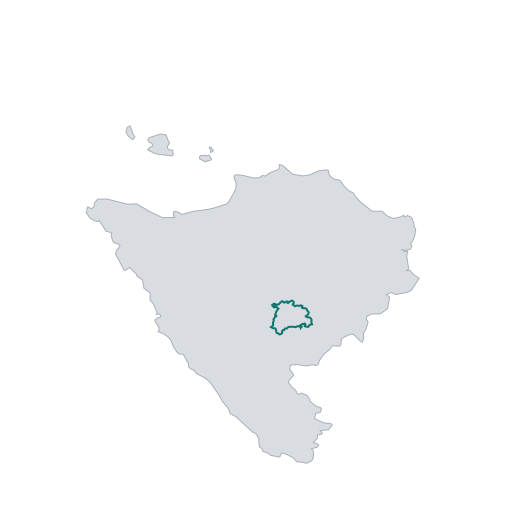 where Ávila sits in Spain, rotated 224°
{"feature_id": "ESP-5806", "entity_name": "Ávila", "entity_type": "Autonomous Community", "adm_level": 1, "iso_a3": "ESP", "parent_name": "Spain", "parent_adm1": "", "projection": "mercator", "projection_center": [-4.824, 40.625], "detail": "fine", "context": "in_parent", "style": "outline", "palette": "teal", "viewbox_px": 512, "rotation_deg": 224, "n_neighbors": 0, "source": "natural_earth", "source_scale": "10m", "svg_char_len": 6723}
<svg xmlns="http://www.w3.org/2000/svg" viewBox="0 0 512 512"><g transform="rotate(224 256 256)"><path d="M273.9,133.5L273.9,134.8L276.1,137.2L282.6,138.6L284.2,139.7L283.9,143.0L282.3,145.9L283.7,147.1L285.3,147.1L287.2,144.8L287.6,146.3L290.5,147.7L297.0,150.4L301.6,150.7L306.4,155.9L314.1,154.9L321.0,159.9L327.5,158.8L329.0,159.8L339.1,159.9L339.6,155.8L340.8,154.2L358.4,159.8L360.5,163.3L360.1,165.0L361.0,169.1L363.3,168.9L368.0,166.7L373.9,169.5L375.5,171.9L376.7,172.1L381.2,169.7L393.4,172.6L393.9,170.7L394.7,170.1L399.8,168.4L401.9,168.0L408.4,169.3L409.2,171.6L410.5,172.5L411.0,174.5L407.2,175.7L406.8,179.1L409.1,182.0L409.4,187.0L402.9,193.3L384.2,204.2L378.1,210.6L364.2,213.9L349.9,218.6L341.3,227.1L343.5,227.8L346.1,230.7L345.2,232.0L341.5,233.9L338.1,234.5L331.9,244.9L323.3,255.7L320.1,260.5L313.3,273.0L313.3,276.5L316.6,288.8L318.5,292.0L321.2,294.8L326.3,297.0L327.5,299.3L325.8,301.5L320.7,305.3L311.9,310.4L308.1,314.5L307.3,318.4L304.7,320.1L303.8,325.6L300.2,333.2L300.0,335.1L302.7,337.9L300.0,339.6L286.4,340.3L278.0,346.1L273.8,351.4L270.0,361.0L265.4,366.7L263.3,367.8L260.2,365.3L256.2,364.9L252.4,365.7L250.3,367.7L247.2,368.8L244.1,367.8L237.5,367.3L234.5,367.4L229.9,369.0L225.9,367.9L219.3,367.4L204.8,368.7L202.9,369.3L196.5,375.8L189.5,375.9L183.1,378.5L178.9,384.8L178.1,388.1L176.8,387.3L175.8,387.6L175.3,390.2L170.9,391.8L166.0,389.7L161.9,386.6L159.8,386.4L156.3,381.5L154.8,378.4L153.7,375.1L153.7,372.7L150.6,371.4L149.8,368.3L152.1,364.3L155.1,362.1L152.3,362.3L150.2,364.9L147.6,360.7L137.1,352.7L137.7,349.8L135.9,352.0L134.7,352.5L129.3,352.2L123.1,353.2L120.5,339.4L122.1,334.6L129.0,325.1L133.4,323.8L135.2,318.9L131.2,319.1L124.8,309.7L126.4,300.8L132.8,294.2L133.8,291.5L134.1,289.0L132.9,287.3L129.4,286.3L125.8,279.3L125.0,274.9L122.0,272.4L119.6,268.0L121.8,267.3L130.8,267.3L133.0,266.2L134.7,263.2L136.4,258.4L136.8,255.4L133.3,251.2L133.1,250.3L133.6,248.8L139.1,244.1L138.0,240.6L138.9,233.1L138.4,228.7L137.8,225.2L135.9,220.5L137.2,218.6L140.0,217.0L142.3,213.2L145.7,210.0L150.0,207.4L155.2,201.8L154.3,199.3L152.6,197.8L146.3,196.8L145.9,195.6L145.9,189.5L144.3,187.0L142.0,187.3L138.5,186.2L137.6,186.9L133.2,186.7L130.1,185.6L128.8,186.6L128.4,188.7L123.2,191.0L120.2,190.9L115.4,189.0L109.9,189.6L109.3,189.2L104.6,191.7L103.0,191.7L101.1,188.7L103.6,184.3L101.4,180.1L100.0,180.0L91.3,183.0L86.3,187.1L84.2,187.6L83.5,186.9L83.3,181.1L88.6,175.0L85.2,174.6L85.4,172.8L87.5,170.0L85.3,167.9L85.3,161.7L80.6,163.7L79.4,163.4L79.3,160.9L82.2,155.9L79.1,155.3L76.8,153.4L73.9,149.3L73.9,147.2L75.5,142.1L79.6,139.7L83.7,136.2L89.3,136.8L97.6,133.9L100.4,132.3L100.4,130.2L99.4,128.6L100.2,127.1L107.0,122.8L111.1,122.4L115.2,120.2L118.0,121.6L120.5,121.1L123.3,122.8L127.0,126.5L132.4,128.1L136.7,126.9L158.7,126.5L165.0,124.7L169.9,127.0L179.3,128.1L184.9,130.0L200.6,133.2L206.2,133.2L217.6,130.1L220.7,130.9L225.2,129.3L227.4,129.6L230.3,131.8L240.3,134.8L242.9,132.3L244.9,131.7L252.1,133.3L259.3,136.4L263.1,136.6L268.6,135.8L273.9,133.5ZM406.6,263.5L409.2,264.7L411.9,263.6L413.4,264.0L414.8,264.5L415.1,266.7L409.3,277.6L404.7,280.6L400.0,278.2L397.3,277.6L396.5,276.8L395.9,273.3L394.7,272.2L392.9,271.7L389.3,274.4L388.2,272.6L386.5,272.2L385.8,271.1L385.8,269.7L396.9,261.3L400.2,259.4L407.0,257.2L408.0,257.5L407.1,258.8L408.1,260.0L406.6,263.5ZM438.1,259.1L437.0,262.1L428.7,258.1L426.0,257.6L425.4,257.0L425.7,254.0L431.2,253.5L435.7,255.0L438.1,259.1ZM360.9,293.8L360.0,295.9L355.9,295.2L355.0,294.3L355.9,291.9L357.0,291.6L357.1,289.9L358.4,288.2L364.2,286.8L365.5,288.0L365.7,289.7L362.3,293.3L360.9,293.8ZM364.9,302.3L364.3,302.8L359.9,302.3L359.8,301.0L360.7,299.0L362.3,300.9L364.9,301.3L364.9,302.3Z" fill="#d9dde1" stroke="#a8b0b8" stroke-width="1"/><path d="M197.4,249.2L197.1,249.1L196.6,248.9L196.4,248.7L196.2,248.5L196.2,248.3L196.0,247.5L196.0,247.2L195.9,246.9L196.0,246.7L195.8,246.5L195.5,246.5L194.9,246.7L193.7,246.8L193.1,246.8L193.0,247.0L192.8,247.5L192.8,247.8L192.7,248.1L192.4,248.5L192.0,248.9L191.4,249.3L191.1,249.5L190.6,249.8L190.3,250.1L190.1,250.5L190.1,250.8L190.0,251.0L189.8,251.2L189.6,251.4L189.1,251.9L188.7,252.0L188.1,252.2L187.7,252.1L187.5,251.9L187.4,250.9L187.2,250.7L186.9,250.7L186.2,251.0L185.9,251.1L185.7,251.3L185.4,251.6L184.2,252.6L184.0,252.8L183.7,253.0L183.3,253.0L182.6,253.0L182.3,252.8L181.6,252.4L178.9,252.1L178.5,251.3L178.4,251.1L178.2,250.8L178.0,250.4L178.0,248.8L178.0,248.5L178.1,248.3L178.3,247.5L178.4,247.3L178.2,247.2L177.7,247.2L176.4,247.6L175.5,248.4L175.3,248.6L174.9,249.0L174.7,249.1L174.3,249.2L173.2,249.2L172.2,248.9L171.5,248.5L170.9,247.6L170.1,246.8L169.3,246.3L168.2,245.8L169.5,243.9L169.6,243.5L169.6,243.1L169.5,242.6L169.1,241.9L169.1,241.6L169.3,241.2L171.2,239.7L171.9,239.5L172.2,239.5L172.3,239.7L172.3,240.4L173.0,241.2L173.4,241.4L173.8,241.4L174.1,241.1L173.9,240.1L174.9,240.0L175.2,239.7L175.4,239.3L176.0,236.9L174.0,236.9L173.9,235.6L174.0,235.7L175.7,235.5L176.6,235.0L177.4,234.3L178.0,232.4L181.2,230.1L181.9,228.9L182.9,228.2L183.4,227.3L183.5,226.9L183.4,225.5L184.8,223.9L184.3,222.5L185.0,221.8L185.1,221.3L185.2,220.8L185.1,220.1L184.9,219.8L184.8,219.6L184.6,219.5L184.0,219.4L183.9,219.2L183.7,217.9L183.8,217.3L184.4,216.1L184.9,215.8L185.2,215.7L186.1,215.9L187.3,215.2L187.8,215.1L188.4,215.3L190.8,217.1L191.6,217.4L192.1,217.1L193.3,216.0L195.8,215.3L195.4,217.6L195.8,218.4L197.4,219.8L197.7,220.3L198.2,221.7L198.5,222.0L198.8,222.2L199.2,222.4L199.4,222.5L199.5,222.7L199.6,223.9L200.0,225.2L199.9,225.7L199.5,226.5L199.6,226.8L199.9,227.1L200.9,226.8L201.3,226.8L201.5,227.1L201.6,227.4L201.7,228.0L201.9,228.5L202.5,229.2L202.7,229.7L203.4,233.8L205.4,233.4L206.0,233.0L207.7,232.8L207.2,231.7L207.6,231.5L208.0,231.5L209.6,231.6L210.3,231.9L210.1,232.6L210.1,232.9L210.0,233.4L210.0,234.0L209.7,234.4L209.4,234.6L209.1,234.6L208.6,234.8L208.1,234.9L207.9,234.9L207.6,234.8L207.5,234.6L207.3,234.2L207.1,234.1L206.9,234.1L206.8,234.3L206.8,234.6L206.9,234.8L207.0,235.1L207.0,235.3L207.0,235.6L206.9,236.0L206.7,236.2L206.6,236.3L206.4,236.5L206.2,236.7L206.1,237.0L206.0,237.4L206.1,237.7L206.1,238.2L206.1,238.4L206.1,238.6L206.1,238.8L206.1,239.2L206.1,239.4L206.2,239.6L206.1,239.9L206.0,240.2L205.8,240.9L205.9,241.4L205.9,241.6L205.6,241.8L204.9,241.8L204.7,241.9L204.4,241.9L204.2,241.8L203.8,241.8L203.7,241.8L203.4,242.0L203.1,242.3L203.0,242.5L202.9,243.1L202.9,243.3L202.9,243.5L202.8,243.9L202.5,244.4L202.3,244.7L202.0,244.9L201.7,245.0L201.3,245.0L201.2,245.0L201.0,244.9L200.7,244.4L200.5,244.2L200.3,244.3L200.2,244.4L200.2,244.7L200.2,245.0L200.3,245.5L200.3,246.0L200.2,246.2L199.9,246.9L199.6,248.1L199.3,248.7L198.4,249.1L197.8,249.2L197.4,249.2Z" fill="none" stroke="#0f766e" stroke-width="2"/></g></svg>